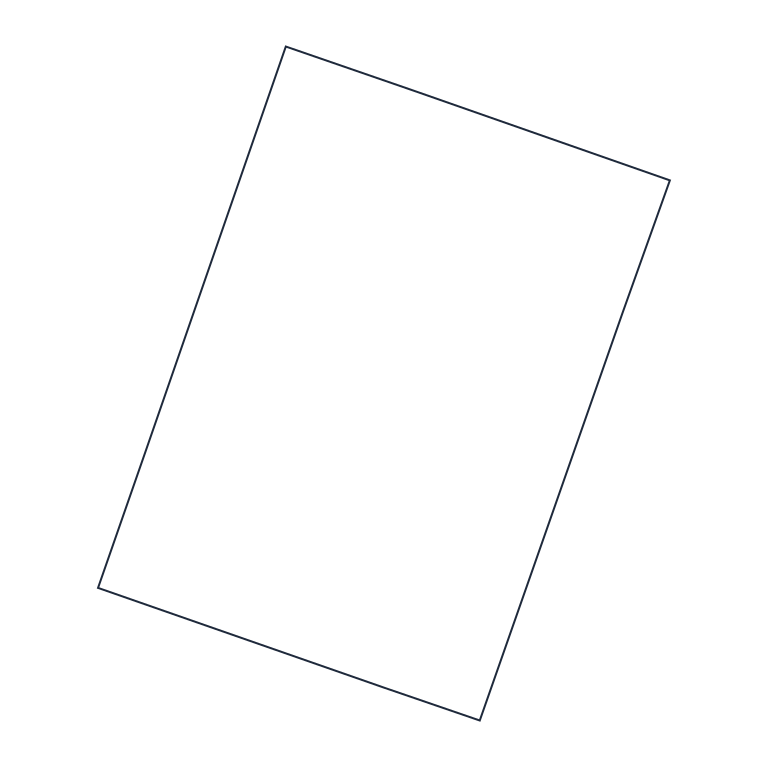 outline of Pulaski, Indiana, United States of America, rotated 289°
{"feature_id": "52423323B65186768843846", "entity_name": "Pulaski", "entity_type": "district", "adm_level": 2, "iso_a3": "USA", "parent_name": "United States of America", "parent_adm1": "Indiana", "projection": "natural_earth1", "projection_center": [-86.673, 41.041], "detail": "fine", "context": "isolated", "style": "outline", "palette": "slate", "viewbox_px": 768, "rotation_deg": 289, "n_neighbors": 0, "source": "geoboundaries", "source_scale": "gbopen_adm2", "svg_char_len": 271}
<svg xmlns="http://www.w3.org/2000/svg" viewBox="0 0 768 768"><g transform="rotate(289 384 384)"><path d="M669.6,588.0L671.0,316.9L671.1,181.3L241.4,180.5L98.1,180.0L96.9,483.2L97.0,584.1L529.6,586.4L669.6,588.0Z" fill="none" stroke="#1e293b" stroke-width="2"/></g></svg>